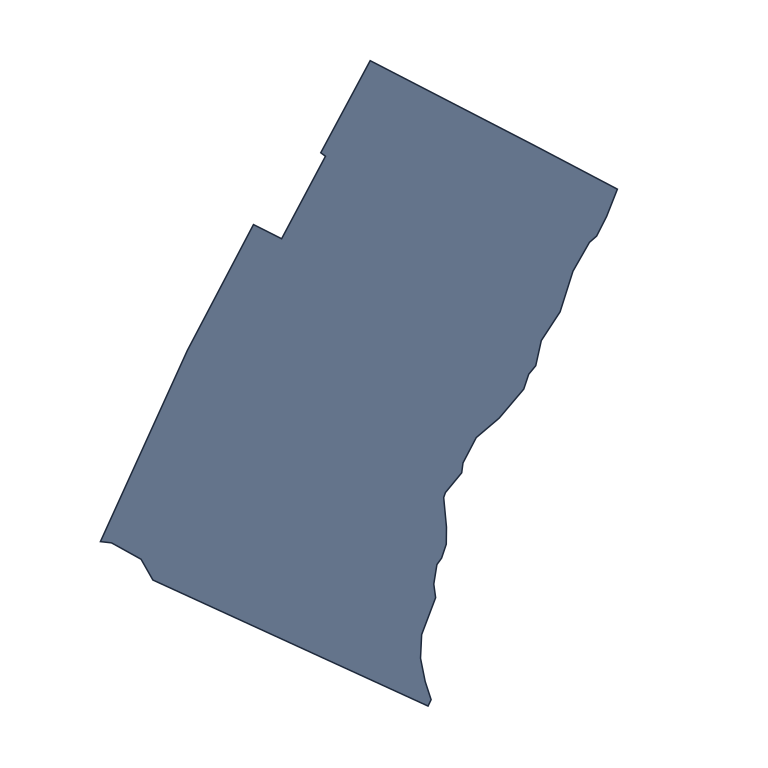 Wayne, New York, United States of America, rotated 118°
{"feature_id": "52423323B87116435053012", "entity_name": "Wayne", "entity_type": "district", "adm_level": 2, "iso_a3": "USA", "parent_name": "United States of America", "parent_adm1": "New York", "projection": "orthographic", "projection_center": [-77.012, 43.178], "detail": "fine", "context": "isolated", "style": "filled", "palette": "slate", "viewbox_px": 768, "rotation_deg": 118, "n_neighbors": 0, "source": "geoboundaries", "source_scale": "gbopen_adm2", "svg_char_len": 639}
<svg xmlns="http://www.w3.org/2000/svg" viewBox="0 0 768 768"><g transform="rotate(118 384 384)"><path d="M656.3,560.4L652.2,550.0L652.8,516.2L665.6,496.0L647.7,193.9L640.6,194.2L627.3,208.0L609.0,223.0L587.6,233.1L548.4,238.1L537.3,246.1L518.6,252.5L510.7,251.4L496.2,253.8L481.1,261.6L456.2,278.0L451.0,278.8L425.9,273.7L416.6,277.2L388.0,277.4L360.1,266.3L322.9,258.2L307.4,260.8L296.6,258.6L271.8,265.5L237.6,262.4L195.7,270.1L162.5,269.1L153.6,265.7L131.5,266.1L102.4,269.4L102.8,362.6L105.0,548.0L209.5,548.4L210.4,542.6L303.8,542.6L304.5,574.1L446.6,573.4L656.3,560.4Z" fill="#64748b" stroke="#1e293b" stroke-width="1.5"/></g></svg>